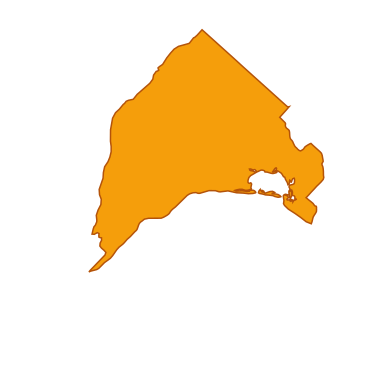 outline of Campeche, rotated 222°
{"feature_id": "MEX-2722", "entity_name": "Campeche", "entity_type": "State", "adm_level": 1, "iso_a3": "MEX", "parent_name": "Mexico", "parent_adm1": "", "projection": "equal_earth", "projection_center": [-91.225, 19.313], "detail": "fine", "context": "isolated", "style": "filled", "palette": "amber", "viewbox_px": 384, "rotation_deg": 222, "n_neighbors": 0, "source": "natural_earth", "source_scale": "10m", "svg_char_len": 5310}
<svg xmlns="http://www.w3.org/2000/svg" viewBox="0 0 384 384"><g transform="rotate(222 192 192)"><path d="M294.0,307.6L293.5,308.5L293.1,311.9L293.1,319.3L279.2,319.3L265.2,319.3L251.2,319.3L237.3,319.2L223.3,319.2L209.4,319.2L195.4,319.2L181.4,319.2L178.7,319.2L177.4,319.6L176.9,320.4L176.8,316.2L176.8,312.0L176.8,307.8L176.8,306.2L173.0,306.0L171.2,305.9L169.3,305.8L168.4,305.5L167.9,305.0L167.5,304.3L166.7,303.5L165.6,302.9L164.4,302.7L163.1,302.8L161.8,302.9L160.7,302.6L159.5,301.7L158.3,300.5L157.3,299.5L156.2,298.5L155.2,297.8L154.1,297.3L152.7,297.2L151.5,297.0L150.4,296.6L149.4,296.1L148.2,295.6L147.4,295.3L146.7,295.0L146.0,294.8L145.2,294.7L143.8,294.7L141.9,294.5L140.2,294.6L138.9,295.1L138.7,295.5L138.4,296.3L138.2,297.2L138.0,297.7L137.9,298.7L138.0,299.6L138.2,300.5L138.2,301.2L137.9,302.7L137.3,304.8L136.6,306.8L136.1,307.7L133.0,307.6L129.9,307.6L126.8,307.6L123.7,307.6L121.7,307.4L119.7,306.3L117.8,304.8L116.0,303.4L115.0,302.5L114.7,301.2L114.4,299.9L113.2,299.0L112.2,298.6L111.4,298.1L110.6,297.5L109.8,296.8L108.3,295.4L106.9,293.9L105.4,292.3L103.8,291.0L102.9,289.1L102.8,285.8L103.0,282.2L103.2,279.7L103.2,275.8L103.3,271.9L103.3,268.0L103.4,264.1L100.5,264.2L97.5,264.4L94.5,264.5L91.7,263.9L91.1,264.0L90.6,264.3L90.2,264.5L89.5,264.2L89.0,263.7L88.5,263.1L88.0,262.6L87.5,262.1L86.4,260.6L85.9,258.5L85.6,256.3L85.1,254.3L84.4,252.9L83.5,251.3L82.7,249.7L82.1,248.2L87.2,246.3L94.3,245.8L101.0,245.0L109.1,243.7L114.2,243.9L116.2,244.6L117.9,247.1L121.3,249.9L121.7,250.5L121.7,251.5L121.3,252.5L120.7,253.2L119.9,253.4L120.2,252.8L120.4,252.2L119.7,252.6L118.9,252.8L117.2,252.8L116.5,252.5L116.6,251.6L116.8,250.6L116.5,249.9L116.0,249.8L115.6,250.0L114.4,251.3L114.1,251.4L113.8,251.2L113.2,251.0L112.3,251.2L112.1,251.7L112.5,252.1L113.5,252.2L113.5,252.8L112.6,253.2L111.8,253.2L111.1,252.9L110.4,252.2L110.5,252.7L110.5,253.1L110.6,253.5L110.9,254.0L110.3,254.5L109.9,255.2L109.7,255.9L109.5,256.9L109.8,256.5L110.9,255.7L112.0,256.9L112.6,257.3L113.4,257.5L114.8,257.0L115.7,256.8L116.1,257.2L116.5,258.3L117.5,259.3L118.8,260.0L119.9,260.4L118.2,258.7L116.5,257.3L115.1,255.5L114.7,252.8L116.0,253.7L116.7,254.4L117.5,254.7L119.1,254.0L118.2,255.7L119.1,256.1L119.9,256.7L120.6,257.6L120.8,258.7L119.9,258.1L119.9,258.4L119.9,258.6L119.5,258.7L120.7,259.6L123.2,260.6L123.9,261.6L123.7,262.8L122.1,265.2L121.7,266.5L122.2,267.6L123.4,269.1L124.6,270.3L125.4,270.6L126.0,269.2L125.7,268.0L125.1,266.7L124.7,265.1L125.2,265.8L125.9,266.2L126.6,266.3L127.3,266.2L126.7,265.1L125.8,264.0L125.2,262.9L125.6,261.6L127.3,262.7L131.1,264.0L133.0,265.1L134.2,264.6L137.1,265.5L138.7,265.7L141.7,265.2L143.2,264.7L144.3,263.9L144.4,265.1L144.8,266.0L145.4,266.3L146.0,265.7L146.1,264.7L145.7,262.2L145.6,261.0L145.2,261.0L145.1,261.5L144.8,262.1L144.7,262.7L144.0,262.8L142.4,263.8L142.1,263.3L142.4,262.5L143.8,260.4L144.3,259.8L145.8,258.8L149.4,257.1L151.2,255.7L152.2,256.2L153.3,255.9L154.4,255.3L155.2,254.6L155.7,253.7L156.8,251.0L157.1,250.5L159.3,250.7L160.3,250.7L160.8,250.2L161.3,249.3L163.8,248.4L164.7,247.5L163.6,246.9L162.8,247.1L161.2,248.1L158.2,249.2L157.3,249.9L159.4,243.4L159.4,240.8L158.2,238.2L157.1,236.9L156.6,236.6L155.8,236.5L155.2,236.8L154.9,237.3L154.7,237.9L154.3,238.2L153.0,237.8L151.2,234.7L150.0,234.1L150.8,232.1L152.1,230.2L153.6,228.9L156.5,227.6L158.5,225.8L160.2,223.6L161.2,221.9L159.7,222.3L155.6,226.5L151.5,229.2L149.8,231.0L150.0,233.0L149.4,233.4L149.1,233.0L147.6,234.3L146.8,234.6L145.6,234.7L144.4,234.5L144.2,233.9L145.7,231.7L148.9,228.5L153.0,225.6L158.4,221.2L166.0,216.9L171.2,210.9L172.5,210.0L175.4,208.7L180.3,204.4L185.3,196.3L186.6,195.1L188.7,194.2L190.8,192.0L192.5,189.1L193.3,186.3L194.3,169.9L194.9,166.3L195.0,164.5L194.9,162.7L194.6,161.3L194.6,159.9L195.0,157.9L196.2,154.3L197.4,151.9L201.1,148.5L206.7,143.4L209.2,140.0L209.8,136.4L210.1,135.3L210.1,133.7L209.8,132.3L207.9,127.7L207.7,126.7L207.7,125.9L207.9,124.2L208.0,117.7L208.5,113.5L208.4,108.8L208.5,106.9L209.3,102.2L209.3,98.8L208.4,91.8L208.3,88.1L209.8,81.0L210.2,72.8L210.9,70.6L214.4,65.3L215.1,63.6L215.2,66.1L214.5,87.0L215.6,89.5L218.6,89.8L221.7,89.7L224.3,90.2L226.1,92.6L226.9,95.6L228.6,97.4L229.7,96.6L231.0,96.2L232.2,97.4L233.3,98.9L235.2,98.4L236.3,95.2L238.1,93.8L240.6,98.3L241.6,100.6L241.6,102.6L242.8,106.0L243.8,107.3L247.5,110.6L249.7,115.7L251.3,121.7L254.6,125.9L258.9,128.1L262.7,131.8L267.3,142.7L270.9,147.2L273.8,152.3L274.7,158.3L276.4,163.0L279.0,167.8L282.5,171.7L286.6,175.2L294.2,183.8L300.4,193.7L301.9,199.8L301.4,205.0L301.7,211.3L301.4,212.5L301.6,215.4L300.6,217.6L297.7,221.6L298.1,227.9L296.1,244.6L296.6,249.6L298.8,253.2L299.3,257.7L298.5,258.9L298.3,260.4L299.3,260.8L300.3,261.5L300.1,263.5L299.6,265.4L299.2,267.2L300.5,274.8L300.9,280.8L300.9,286.2L299.5,291.2L294.2,299.5L293.5,300.8L294.0,307.6ZM138.2,237.7L141.0,236.0L142.1,235.9L142.5,236.6L142.8,237.3L143.0,238.1L143.0,239.4L142.7,239.1L142.5,238.8L141.2,240.0L140.4,240.4L139.5,240.5L139.8,239.9L140.2,239.4L140.7,239.1L141.3,238.8L140.0,238.9L137.9,240.1L136.9,240.0L134.4,244.5L132.6,246.4L130.4,247.0L131.7,244.0L128.4,246.6L126.4,247.7L124.5,248.1L123.3,248.1L122.8,248.0L123.1,247.4L124.1,246.1L124.8,245.5L127.6,244.0L129.3,243.5L132.8,241.1L135.3,239.1L138.2,237.7Z" fill="#f59e0b" stroke="#b45309" stroke-width="1.5"/></g></svg>